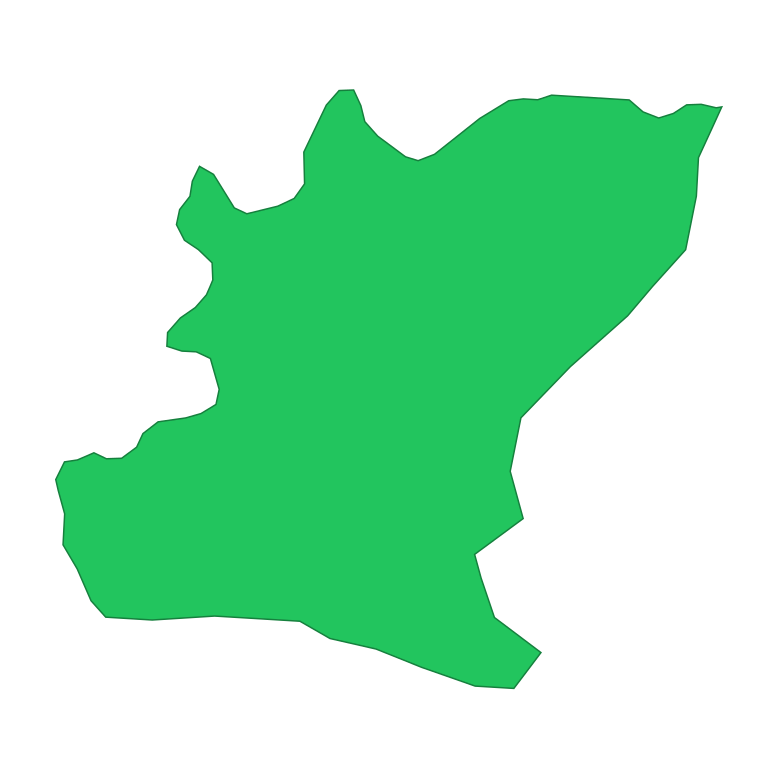 Unpha, Hwanghae-bukto, North Korea (Robinson projection), rotated 93°
{"feature_id": "82179303B22390657322605", "entity_name": "Unpha", "entity_type": "district", "adm_level": 2, "iso_a3": "PRK", "parent_name": "North Korea", "parent_adm1": "Hwanghae-bukto", "projection": "robinson", "projection_center": [125.8, 38.378], "detail": "fine", "context": "isolated", "style": "filled", "palette": "green", "viewbox_px": 768, "rotation_deg": 93, "n_neighbors": 0, "source": "geoboundaries", "source_scale": "gbopen_adm2", "svg_char_len": 1241}
<svg xmlns="http://www.w3.org/2000/svg" viewBox="0 0 768 768"><g transform="rotate(93 384 384)"><path d="M296.1,562.9L304.3,566.0L317.5,576.4L328.7,590.8L343.9,602.8L357.7,602.8L361.7,587.6L361.7,573.2L367.6,558.7L398.0,548.3L413.2,550.7L423.1,565.2L428.3,580.4L433.6,607.6L446.1,622.1L460.0,627.7L471.9,642.1L473.2,657.3L467.9,670.1L475.9,686.2L478.5,699.0L496.6,706.8L507.2,703.8L530.4,696.1L561.4,696.1L584.7,680.7L615.8,665.2L631.4,649.7L631.8,603.1L624.6,541.0L624.9,502.2L625.3,455.6L641.0,424.6L649.1,378.0L665.0,331.5L680.9,277.2L681.2,238.4L658.2,222.8L644.0,213.2L611.4,261.5L572.7,276.9L549.4,284.6L511.1,238.0L464.6,253.4L410.6,245.5L356.9,198.8L303.2,144.3L272.5,120.9L234.1,89.8L180.1,81.9L141.5,81.8L112.9,70.4L89.6,61.2L90.8,66.7L88.1,81.9L89.4,96.4L98.7,109.2L104.0,123.6L98.7,139.6L87.5,154.0L86.8,231.8L92.1,245.4L92.0,259.8L94.6,274.3L113.8,302.3L152.0,345.6L159.2,361.6L156.0,374.4L136.8,403.3L123.0,416.9L107.2,421.7L92.0,429.7L93.3,444.2L108.5,456.2L156.6,476.2L188.3,473.8L203.4,483.4L212.0,499.4L221.2,529.9L216.0,542.7L183.6,565.2L176.3,579.6L191.5,586.0L206.7,587.6L220.5,597.2L235.7,599.6L250.9,590.8L259.5,576.4L272.0,562.0L289.1,560.4L296.1,562.9Z" fill="#22c55e" stroke="#15803d" stroke-width="1.5"/></g></svg>